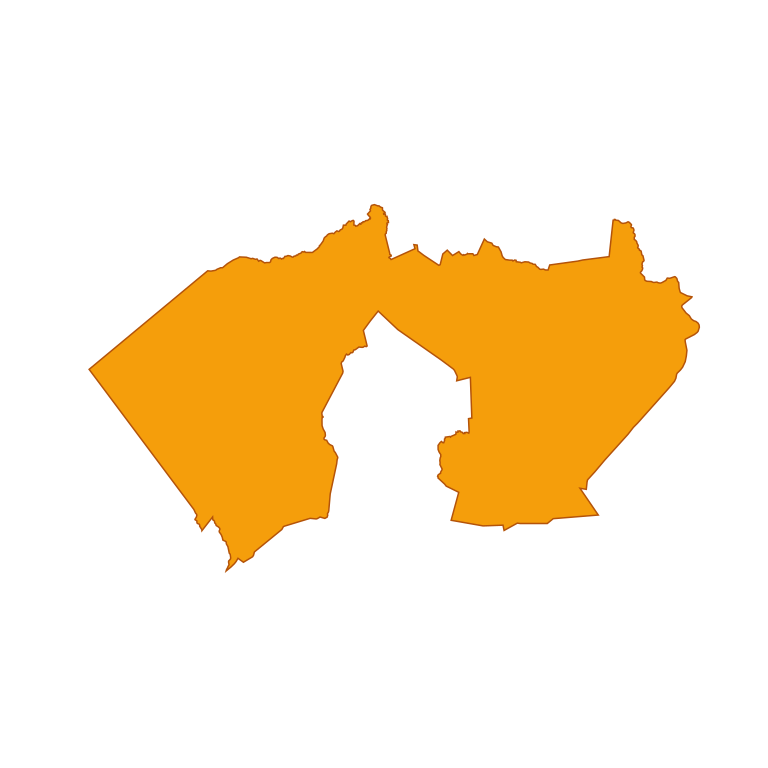 Kieni, Central, Kenya, rotated 196°
{"feature_id": "3690345B61847449937296", "entity_name": "Kieni", "entity_type": "district", "adm_level": 2, "iso_a3": "KEN", "parent_name": "Kenya", "parent_adm1": "Central", "projection": "natural_earth1", "projection_center": [36.912, -0.221], "detail": "fine", "context": "isolated", "style": "filled", "palette": "amber", "viewbox_px": 768, "rotation_deg": 196, "n_neighbors": 0, "source": "geoboundaries", "source_scale": "gbopen_adm2", "svg_char_len": 6165}
<svg xmlns="http://www.w3.org/2000/svg" viewBox="0 0 768 768"><g transform="rotate(196 384 384)"><path d="M518.6,192.8L512.1,208.9L511.3,206.7L510.7,206.0L509.9,206.0L509.2,205.4L508.4,203.8L507.2,203.1L506.3,201.7L503.6,200.9L502.2,200.0L501.7,199.2L501.9,197.2L501.5,196.3L499.0,194.3L497.3,192.2L495.8,189.5L493.2,189.1L492.1,188.6L491.5,186.9L489.2,184.6L486.1,178.7L484.9,177.9L483.4,174.5L483.4,173.2L484.5,171.1L484.4,170.1L483.2,167.6L483.8,164.4L483.6,163.6L484.2,162.7L484.2,160.8L480.6,166.0L478.3,170.0L477.3,172.4L476.3,176.2L470.0,173.9L462.7,181.7L462.2,183.4L462.3,186.6L461.9,187.4L442.1,216.0L441.4,219.1L440.7,219.8L418.0,234.5L412.0,235.6L411.0,236.2L408.8,238.5L403.8,238.5L402.0,240.3L401.9,242.2L402.6,243.8L402.1,245.7L402.2,247.1L405.4,263.5L407.5,294.2L408.2,298.4L408.1,300.1L408.3,300.9L411.8,304.6L413.5,305.8L415.9,309.7L416.5,310.3L419.6,310.9L421.5,311.9L423.6,314.1L425.3,314.0L426.4,314.4L426.8,315.4L426.1,317.5L426.2,318.6L427.3,321.2L430.1,324.0L432.1,327.0L433.8,332.7L434.2,334.8L433.5,335.2L433.7,335.9L434.4,335.8L435.7,338.7L435.8,339.6L426.7,383.1L426.9,385.0L430.8,391.9L430.7,393.5L429.6,395.0L428.9,399.2L429.0,400.3L428.3,402.4L426.8,401.9L425.6,402.8L424.5,405.1L423.5,405.1L422.7,405.8L422.4,408.3L421.0,409.1L418.3,412.6L415.1,413.2L414.1,413.7L412.9,415.1L411.4,415.0L410.7,415.9L418.6,429.8L414.6,440.7L409.7,452.5L385.7,440.1L335.2,422.7L321.5,417.5L320.0,416.5L316.1,412.1L315.5,411.1L315.0,407.1L302.8,414.2L290.2,375.5L293.2,374.0L289.0,361.5L289.0,360.1L291.0,360.4L293.1,359.5L292.7,358.7L294.1,358.2L295.4,359.1L297.4,359.2L298.0,359.9L300.0,359.1L299.6,358.2L300.8,357.5L301.5,357.7L301.1,355.4L305.0,352.2L305.4,351.3L306.2,351.7L310.4,349.8L310.2,348.6L310.7,347.7L310.2,346.7L310.4,344.0L311.3,343.8L313.0,344.6L314.0,343.0L315.1,339.9L313.9,335.9L312.2,333.7L310.0,331.8L309.4,329.8L309.6,328.6L309.3,326.0L308.3,323.6L308.0,321.9L304.8,318.4L304.6,317.7L305.3,314.7L305.0,313.8L306.7,311.9L307.0,311.1L307.0,309.9L306.3,309.6L306.2,308.6L298.1,304.5L296.1,303.0L282.3,300.5L281.9,271.5L249.7,274.9L230.7,281.1L228.2,276.3L217.5,287.0L214.8,287.4L188.6,294.9L184.2,301.2L141.9,317.1L166.9,337.8L160.5,338.5L161.8,345.8L161.9,348.0L157.2,357.5L150.7,372.0L135.6,402.9L132.3,411.1L129.4,416.4L109.0,458.7L105.5,466.6L105.0,470.0L105.4,474.1L105.1,475.3L102.9,479.2L101.6,482.4L100.6,488.5L101.1,494.3L102.1,499.9L106.1,507.7L106.8,509.6L106.4,510.4L99.1,517.3L97.2,519.9L96.6,521.3L96.5,525.5L97.4,527.6L98.9,529.1L101.4,530.1L103.7,530.2L106.5,531.2L109.3,533.8L113.2,535.5L118.6,539.5L119.2,540.6L119.2,541.7L118.7,542.6L113.3,550.2L112.1,551.9L112.0,552.7L116.9,552.3L124.0,553.6L124.7,554.1L126.7,557.4L128.7,562.8L130.1,563.7L131.6,566.2L133.5,567.3L134.2,567.3L138.4,564.4L140.9,563.9L141.6,561.3L144.9,558.0L146.3,557.1L148.5,556.9L149.7,557.2L152.5,556.0L153.6,555.9L155.2,556.2L159.8,555.2L161.7,555.6L162.3,556.5L163.1,558.6L168.0,561.3L168.3,562.0L167.4,563.9L167.1,566.0L167.5,567.1L168.2,567.5L168.2,569.1L169.0,570.1L169.1,571.2L169.0,572.8L168.3,573.4L168.1,574.5L170.4,578.6L171.8,579.3L173.4,582.5L174.1,583.0L175.2,582.9L175.7,583.9L177.7,584.9L177.7,586.8L178.1,587.6L179.6,589.0L180.3,590.4L181.6,591.4L183.3,592.0L183.9,594.1L183.4,595.0L183.6,595.9L184.0,596.9L184.8,597.6L185.8,597.8L186.2,598.5L186.1,600.7L186.6,601.7L187.6,602.7L189.4,602.5L190.0,603.3L189.9,604.9L190.2,605.6L191.8,606.3L192.3,606.9L194.1,607.2L195.9,605.5L198.6,604.2L200.4,604.2L203.7,605.8L206.4,605.4L207.1,605.9L208.0,605.7L208.2,604.6L208.9,604.5L202.7,568.5L227.1,558.0L231.5,555.6L257.5,544.1L257.7,538.8L260.3,538.1L262.3,538.4L264.8,537.4L265.9,537.3L268.2,538.6L269.8,539.0L271.6,540.7L273.7,540.2L274.7,540.7L276.8,540.6L278.6,541.1L282.3,540.3L285.5,538.3L286.5,538.6L290.6,538.0L291.1,539.3L292.5,539.2L294.0,537.8L294.9,538.4L297.2,537.7L301.7,537.1L304.4,538.5L305.8,539.9L307.9,543.3L311.8,547.2L313.9,546.9L317.3,547.3L319.2,549.1L323.9,549.2L327.5,551.0L330.0,534.2L333.0,532.3L334.5,533.7L339.2,532.3L339.8,532.5L340.0,531.7L342.2,530.1L343.0,530.3L343.5,529.4L346.2,530.2L348.5,531.9L353.5,526.4L360.1,530.1L363.3,525.2L362.9,514.2L364.0,513.2L381.1,518.6L388.1,521.3L390.4,526.7L393.7,526.2L391.5,522.6L411.5,505.6L412.4,506.3L414.1,506.8L413.9,507.7L412.4,508.9L412.6,509.8L414.2,510.2L414.4,511.0L424.0,527.7L424.0,528.7L423.4,529.5L423.8,531.1L423.6,532.3L424.0,533.1L424.0,534.2L424.6,535.1L424.8,536.3L424.7,538.4L425.4,538.7L425.4,539.7L424.2,540.4L424.9,542.2L425.7,542.1L426.1,542.9L426.1,543.9L427.4,546.0L428.0,545.6L428.8,545.8L429.5,547.7L431.0,547.1L431.4,547.9L430.6,548.4L430.3,549.3L433.3,550.7L434.1,553.0L436.1,553.1L438.0,553.9L438.8,553.5L442.6,553.8L445.0,552.4L445.5,551.3L445.2,549.0L445.6,548.0L444.7,546.7L446.7,542.8L445.1,541.5L444.0,541.1L442.7,539.8L442.9,538.8L443.5,539.0L443.7,538.2L444.9,536.7L446.6,536.0L447.4,534.7L448.9,534.2L449.0,533.1L449.9,532.9L450.4,532.2L450.2,531.4L450.8,531.0L451.5,531.5L453.1,528.8L454.6,527.9L455.1,528.5L456.8,528.5L457.7,532.2L458.5,532.8L459.4,532.4L461.0,530.8L462.5,531.0L464.4,527.4L464.4,526.2L466.8,525.5L466.6,522.7L467.1,521.2L468.5,520.1L469.0,518.6L469.6,518.1L471.5,518.2L472.7,516.6L473.6,514.7L475.3,514.7L477.4,513.7L478.2,513.3L479.5,511.8L480.1,510.1L480.7,509.7L481.7,507.9L481.9,504.6L483.6,499.9L484.2,499.3L483.9,498.4L485.5,495.4L489.1,490.7L495.7,488.9L496.9,489.5L497.4,488.8L498.9,488.7L499.6,488.0L499.9,486.9L502.1,485.3L502.6,484.1L503.7,483.8L504.2,482.7L505.7,482.1L506.2,481.1L507.0,480.7L509.4,481.2L511.7,481.0L513.3,479.7L514.4,479.4L515.3,476.9L516.3,476.7L516.9,475.9L518.3,476.4L519.0,476.2L519.6,475.6L521.8,476.3L523.8,475.8L525.9,474.0L526.3,473.3L526.8,472.5L526.8,470.1L527.5,469.2L530.4,468.4L532.1,467.5L536.3,468.7L537.2,468.7L538.3,467.5L540.5,469.2L542.0,468.4L544.8,468.6L546.3,467.8L551.3,467.9L558.0,466.3L558.5,465.4L563.1,461.6L567.8,456.4L571.2,451.3L573.1,450.7L576.2,448.2L577.2,446.9L581.5,444.8L584.7,444.2L671.5,316.8L532.2,211.0L529.6,208.0L528.2,207.1L527.7,206.1L527.7,204.1L528.3,202.5L528.3,201.5L526.2,200.9L525.5,199.0L524.9,198.5L523.2,198.4L522.3,197.6L522.0,196.5L519.0,193.8L518.6,192.8Z" fill="#f59e0b" stroke="#b45309" stroke-width="1.5"/></g></svg>